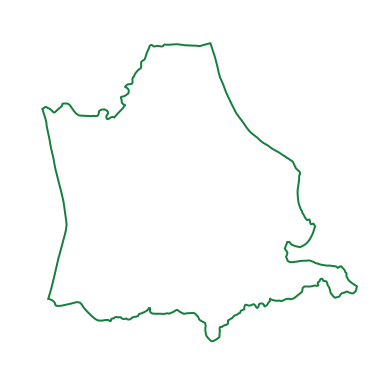 Maha Rat, Phra Nakhon Si Ayutthaya, Thailand (Mercator projection), rotated 264°
{"feature_id": "78962969B63768229045772", "entity_name": "Maha Rat", "entity_type": "district", "adm_level": 2, "iso_a3": "THA", "parent_name": "Thailand", "parent_adm1": "Phra Nakhon Si Ayutthaya", "projection": "mercator", "projection_center": [100.519, 14.568], "detail": "fine", "context": "isolated", "style": "outline", "palette": "green", "viewbox_px": 384, "rotation_deg": 264, "n_neighbors": 0, "source": "geoboundaries", "source_scale": "gbopen_adm2", "svg_char_len": 5823}
<svg xmlns="http://www.w3.org/2000/svg" viewBox="0 0 384 384"><g transform="rotate(264 192 192)"><path d="M100.8,37.9L100.7,38.5L100.0,39.7L98.9,41.6L98.0,42.6L97.4,43.1L95.9,44.0L94.1,44.3L93.7,44.5L93.1,45.1L92.9,45.9L92.5,49.1L92.6,50.7L93.8,61.4L94.4,64.6L94.5,65.6L94.4,66.5L93.8,68.7L93.6,69.0L92.0,70.4L88.5,72.1L86.1,73.7L80.1,78.4L75.9,82.4L74.5,84.4L74.1,85.2L73.8,86.5L73.5,89.3L73.7,92.1L73.6,95.0L72.9,96.1L72.1,96.9L72.1,97.5L72.5,97.9L73.8,98.3L74.6,99.5L74.4,100.9L75.4,102.0L75.6,103.9L74.9,105.8L75.1,107.0L75.0,107.6L74.6,108.2L73.4,109.2L72.9,110.5L72.8,111.9L73.0,113.5L72.3,114.2L71.9,114.8L71.7,116.3L72.1,117.6L73.3,119.3L73.7,120.8L74.1,125.2L75.5,126.0L75.9,126.5L76.3,127.1L76.6,129.0L77.7,132.5L78.7,134.7L79.2,135.4L80.2,136.4L81.1,137.0L80.8,138.1L80.2,138.2L78.9,138.0L78.3,137.8L77.6,138.0L77.2,137.9L76.9,138.0L75.9,138.9L75.3,140.0L75.0,141.3L74.9,142.5L74.5,143.7L74.6,144.2L74.2,148.1L73.8,150.2L73.7,152.2L74.0,154.6L73.4,156.5L74.5,160.4L76.1,163.8L76.3,164.5L75.9,165.6L74.4,167.0L72.9,169.2L71.7,171.2L71.9,174.8L71.6,180.2L71.3,181.5L71.0,182.0L70.1,182.9L67.4,184.9L66.3,185.4L64.7,185.7L64.2,186.1L63.3,187.0L60.8,190.7L60.4,191.2L59.4,191.5L57.5,191.6L56.4,191.4L54.6,190.9L53.0,190.9L52.1,190.8L49.8,191.0L48.7,191.0L47.7,191.2L45.9,192.2L42.8,194.5L41.8,195.6L41.5,196.4L41.5,197.3L42.1,199.1L43.4,201.8L44.7,203.9L45.5,204.2L50.0,204.9L51.5,205.3L53.1,205.1L54.5,205.5L54.8,206.4L54.7,207.8L55.5,208.8L55.6,209.4L56.2,210.6L56.3,212.0L57.0,213.7L58.0,214.1L60.0,214.3L60.5,214.5L62.5,218.8L64.6,221.1L65.5,224.4L66.3,225.4L66.7,227.0L68.5,228.1L69.1,228.7L69.5,230.7L69.8,231.6L70.1,231.8L71.7,231.9L72.8,232.3L73.9,232.9L74.2,233.3L74.1,234.4L73.1,236.5L72.9,237.2L73.9,241.2L73.9,241.8L73.6,242.2L72.9,242.8L70.6,243.9L70.2,244.2L70.0,244.8L70.3,245.5L70.7,245.9L73.2,246.9L73.7,247.5L73.9,248.1L73.9,249.7L73.4,250.8L72.4,251.6L70.9,252.0L70.7,252.3L70.7,252.8L71.3,254.1L72.1,255.1L74.1,256.5L75.3,258.1L76.9,258.1L77.4,258.3L77.6,258.6L76.4,260.3L75.3,263.2L74.9,265.5L74.9,267.3L74.3,269.1L74.4,270.6L75.6,274.0L75.8,275.4L75.7,276.9L75.5,277.7L75.0,278.7L75.0,279.3L75.6,282.1L75.9,282.7L80.9,290.5L81.4,290.9L82.2,291.3L84.8,292.0L85.4,292.6L86.2,293.8L86.2,295.1L85.7,298.8L85.7,300.5L86.1,303.7L86.0,305.1L85.6,306.6L85.7,307.4L85.9,307.8L86.2,307.9L88.0,307.5L88.7,307.7L89.2,308.2L89.6,309.2L91.5,310.3L92.0,310.9L92.2,311.6L92.1,312.2L91.8,312.5L91.2,312.9L90.3,313.1L89.8,313.5L89.6,314.0L89.4,315.6L89.1,316.1L88.5,316.5L87.5,316.9L85.8,317.1L84.5,317.5L82.4,318.6L81.4,318.7L80.0,319.0L77.8,319.2L76.6,319.6L73.1,321.9L71.9,323.2L72.5,327.2L72.7,327.6L74.6,329.1L75.7,330.6L75.9,331.7L75.9,333.1L76.7,334.6L76.7,335.7L74.5,340.1L74.3,341.2L74.8,342.4L76.0,344.2L78.0,345.2L81.0,346.1L84.9,341.3L87.2,339.1L88.7,338.0L90.3,337.6L91.4,336.9L91.8,336.8L95.1,337.1L96.3,336.1L97.9,335.8L99.1,335.1L102.5,332.5L102.5,331.3L101.4,329.5L101.3,329.1L101.5,328.8L102.5,328.0L102.9,327.5L103.1,326.6L103.5,325.6L103.5,324.4L104.4,321.8L104.6,318.9L105.9,313.7L106.7,311.5L107.7,309.6L108.2,307.8L109.9,305.3L111.1,302.9L111.8,301.0L111.7,299.4L112.1,293.2L111.8,288.3L111.8,283.3L111.9,282.6L112.7,280.9L113.4,280.1L114.4,279.7L117.9,278.8L119.5,279.8L120.3,280.2L121.7,280.5L122.2,280.4L125.7,278.5L126.1,278.4L132.3,281.6L132.1,283.2L131.9,283.8L129.4,285.4L127.4,289.0L125.8,293.7L127.3,297.6L128.7,300.2L131.1,302.8L132.9,304.4L136.5,306.8L139.1,308.3L143.9,310.3L144.9,310.9L147.8,309.5L147.5,307.0L147.5,306.9L148.4,306.5L150.9,306.2L152.3,305.9L152.4,305.5L152.1,303.5L153.1,302.6L155.1,301.6L157.6,300.7L159.9,299.5L161.6,299.4L163.1,298.4L165.5,297.9L168.5,297.1L170.8,296.8L175.7,296.7L180.8,297.0L183.2,297.3L186.8,298.3L193.5,299.9L197.0,300.3L198.5,301.3L200.2,301.4L200.9,301.1L203.8,298.5L204.7,297.8L211.7,295.4L222.7,282.0L226.4,276.6L230.0,272.7L233.2,268.3L235.8,265.5L239.0,262.8L243.6,258.0L246.6,255.4L250.6,252.9L257.9,249.0L259.1,248.1L266.1,244.1L276.4,240.2L287.5,236.3L296.2,234.1L303.4,231.8L308.9,230.9L313.1,230.5L323.4,229.0L338.0,225.9L337.6,222.4L336.5,216.3L336.4,214.1L337.1,211.4L337.3,209.4L338.7,200.3L340.4,193.3L340.6,192.0L340.9,183.5L341.5,180.2L341.3,179.5L340.5,178.8L340.1,178.3L339.9,177.2L340.1,175.9L340.9,173.4L340.7,170.1L340.7,169.4L341.1,168.8L342.4,167.3L342.5,166.6L342.2,165.9L341.7,165.2L339.9,164.4L335.6,161.9L333.3,160.8L330.2,159.5L329.1,158.9L328.6,158.4L327.5,156.2L326.6,155.1L325.6,154.9L321.5,154.5L320.6,154.1L320.3,153.7L319.0,151.4L317.0,149.1L314.5,147.0L312.9,146.4L312.1,145.2L310.2,144.5L307.7,144.4L306.7,144.1L306.2,143.7L305.8,142.9L305.7,139.4L305.6,138.8L303.7,136.5L303.3,136.6L302.4,138.1L301.9,138.6L300.4,139.6L299.2,139.7L296.9,139.2L295.5,137.0L294.8,135.6L294.2,134.0L294.1,131.8L293.8,131.3L293.4,131.1L292.7,131.1L291.8,131.5L291.2,131.7L289.5,131.5L288.2,131.6L286.8,132.5L286.1,133.3L285.4,134.4L285.3,134.5L284.4,133.5L282.9,132.3L282.3,131.7L278.2,126.8L274.3,122.5L274.7,122.0L274.8,121.5L274.9,120.5L274.9,119.8L274.1,117.8L273.4,116.6L273.3,116.0L273.5,115.3L273.9,115.0L274.7,114.6L275.6,114.6L276.5,114.9L277.2,115.3L279.0,116.8L280.4,116.8L281.1,116.5L282.2,115.4L282.9,114.4L283.3,113.4L283.4,111.4L283.1,109.7L282.6,108.6L281.9,108.0L279.7,107.4L278.0,106.5L277.7,106.1L277.6,105.5L277.5,104.7L278.1,101.1L277.9,100.1L279.7,88.8L280.0,87.5L282.5,84.6L285.8,82.5L290.8,79.8L292.1,78.7L292.8,77.6L293.2,76.4L293.4,73.3L293.2,72.5L292.8,72.2L291.2,71.7L287.8,66.8L286.0,64.6L285.5,63.4L285.6,62.8L285.9,62.4L288.0,60.8L289.1,59.8L290.4,57.9L290.7,57.2L291.4,56.5L291.8,55.8L291.9,55.0L290.7,52.9L290.3,51.9L279.7,54.0L276.4,54.4L272.3,54.4L259.0,55.8L252.1,56.2L240.1,57.7L230.4,58.4L210.8,61.2L208.7,61.6L195.9,63.2L176.4,63.9L172.3,63.8L167.9,62.8L164.0,61.5L144.4,54.0L140.5,52.4L121.3,45.8L111.0,42.1L100.8,37.9Z" fill="none" stroke="#15803d" stroke-width="2"/></g></svg>